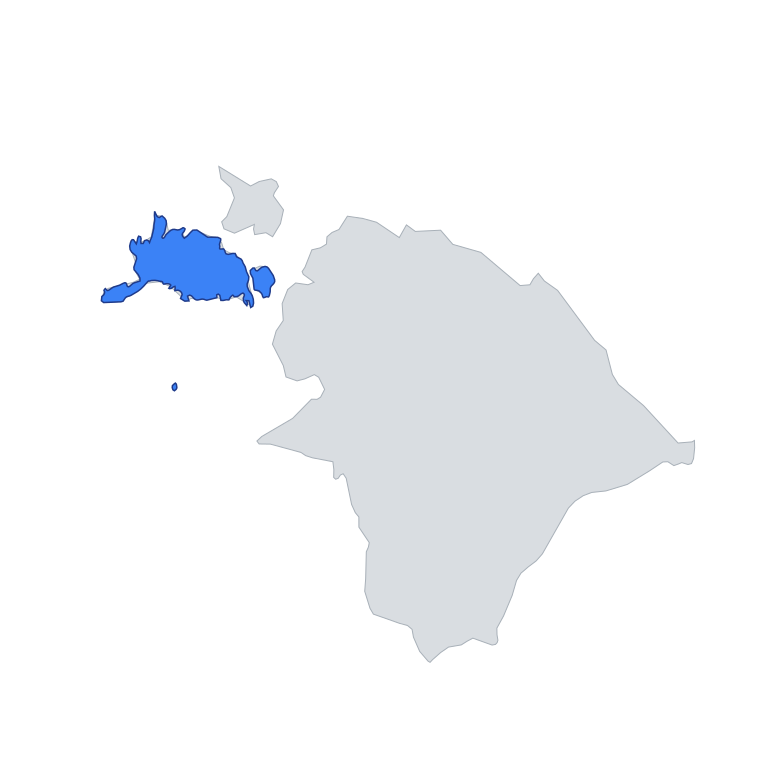 where Saare sits in Estonia, rotated 40°
{"feature_id": "EST-2352", "entity_name": "Saare", "entity_type": "Municipality", "adm_level": 1, "iso_a3": "EST", "parent_name": "Estonia", "parent_adm1": "", "projection": "mercator", "projection_center": [22.596, 58.233], "detail": "fine", "context": "in_parent", "style": "filled", "palette": "blue", "viewbox_px": 768, "rotation_deg": 40, "n_neighbors": 0, "source": "natural_earth", "source_scale": "10m", "svg_char_len": 5966}
<svg xmlns="http://www.w3.org/2000/svg" viewBox="0 0 768 768"><g transform="rotate(40 384 384)"><path d="M598.2,567.6L595.9,568.0L583.2,565.9L569.3,559.0L563.2,553.9L557.2,553.9L549.9,557.3L523.8,567.1L517.4,564.8L502.5,555.2L495.0,544.8L478.3,523.9L476.9,519.0L474.7,515.0L456.8,509.8L450.2,502.0L444.7,501.0L436.6,497.1L415.6,480.5L410.4,479.0L409.1,481.8L409.5,485.7L408.2,488.0L405.5,487.9L400.6,481.8L394.8,476.4L376.7,486.5L370.1,489.2L364.4,489.8L335.6,503.1L326.9,510.2L323.3,509.4L324.1,502.7L336.1,469.1L338.2,442.3L342.6,438.7L343.9,434.9L342.0,426.3L329.6,420.8L324.6,421.6L320.1,430.9L315.4,437.5L304.4,441.6L295.0,434.6L272.9,425.2L267.3,412.7L266.0,400.1L254.3,387.9L249.5,373.5L251.4,363.4L262.0,356.8L265.0,351.0L251.7,351.9L249.0,350.5L248.4,345.3L242.5,327.6L247.7,320.6L250.0,313.8L245.7,307.9L246.8,301.3L250.2,294.6L248.1,279.0L261.4,270.8L274.3,264.9L301.6,262.0L298.9,247.7L309.9,247.0L328.5,229.8L347.0,232.8L373.6,220.9L425.0,221.1L432.0,214.2L430.8,207.3L431.0,200.0L440.6,202.0L456.8,200.7L517.3,215.2L532.2,215.2L552.8,229.9L563.9,233.7L596.7,233.7L647.2,240.2L657.2,230.3L658.1,227.7L663.0,233.2L669.1,242.2L670.7,247.3L668.6,250.3L662.6,252.8L661.2,255.6L658.5,260.2L651.4,261.1L647.7,264.5L643.3,279.6L635.0,304.4L622.7,323.3L612.8,333.6L608.4,341.5L605.6,351.0L605.0,360.5L614.5,412.3L614.3,421.6L612.1,431.2L610.5,440.9L611.8,449.3L618.1,463.6L624.7,484.9L627.4,498.5L631.8,503.5L636.0,507.1L636.9,509.4L636.8,511.8L634.6,514.5L615.4,521.6L613.0,527.6L610.9,534.2L602.5,544.1L600.0,553.3L598.4,563.8L598.2,567.6ZM168.5,380.0L175.0,384.2L180.9,382.9L186.9,379.9L200.0,382.7L229.8,403.9L232.6,409.6L214.8,412.2L210.8,418.7L206.5,423.2L201.4,424.7L192.8,433.8L181.2,442.5L178.8,447.7L157.7,446.7L146.2,450.0L137.0,459.7L133.1,478.4L126.3,493.0L119.4,498.3L112.2,499.1L110.5,493.6L111.2,488.1L126.4,467.5L129.5,460.8L122.0,457.8L115.6,450.7L101.8,442.2L99.3,435.4L102.6,434.9L105.7,433.0L109.3,427.3L111.1,420.7L100.0,401.6L105.7,398.6L112.7,399.3L119.9,404.9L127.8,398.3L131.2,397.4L136.7,399.7L142.3,387.0L155.6,382.8L162.1,378.9L168.5,380.0ZM196.3,344.0L188.9,352.7L184.5,349.2L182.1,345.1L172.5,364.6L161.7,368.0L155.4,364.1L156.0,356.8L149.8,337.6L140.4,332.0L127.2,331.5L117.6,323.5L154.5,318.1L158.3,309.0L165.8,299.3L171.4,298.2L176.2,300.5L177.1,308.0L178.3,311.0L195.1,315.2L201.6,327.7L204.0,342.8L196.3,344.0ZM234.4,392.3L226.9,394.1L209.0,381.8L213.2,373.4L218.3,370.1L233.5,375.2L235.6,387.9L234.4,392.3Z" fill="#d9dde1" stroke="#a8b0b8" stroke-width="1"/><path d="M224.2,400.2L226.4,401.1L229.4,403.1L232.1,405.9L233.5,408.7L232.7,411.1L227.0,407.0L224.8,408.7L226.0,409.0L227.0,409.5L227.9,410.5L228.5,412.1L224.6,411.5L222.8,410.5L221.0,408.7L220.7,407.8L220.3,406.6L219.8,405.5L218.9,405.0L217.5,405.0L217.3,405.3L216.8,406.3L216.6,406.9L216.1,409.4L215.8,410.4L215.1,411.6L214.5,412.2L213.1,413.4L212.5,413.3L211.7,413.0L210.9,413.3L210.6,415.2L210.6,416.3L210.7,417.4L210.9,418.4L211.1,419.3L209.0,420.9L207.1,423.4L205.3,424.8L201.2,421.6L199.2,421.7L198.5,423.2L200.5,425.3L194.4,433.7L193.0,434.4L191.5,434.9L190.0,435.9L187.4,439.3L186.1,440.3L184.1,440.7L179.9,440.2L178.0,440.8L177.0,443.0L181.2,445.7L178.1,448.6L173.2,449.3L171.9,445.3L170.6,444.3L168.9,443.9L167.2,444.0L165.7,444.7L164.3,446.2L163.8,446.9L163.4,446.5L162.3,444.7L161.1,443.6L160.3,444.8L159.5,447.7L158.8,448.3L158.5,448.7L158.3,448.9L157.6,449.0L157.6,448.4L157.1,445.8L157.1,445.3L155.8,445.2L154.2,445.9L152.7,447.1L151.7,448.4L150.8,449.2L149.7,448.8L148.7,448.2L147.7,448.4L147.0,448.9L145.3,449.9L144.6,450.1L141.9,451.8L139.3,454.2L138.1,456.0L137.4,456.5L137.2,457.4L137.0,463.8L136.6,467.6L135.8,471.3L133.3,478.4L132.6,479.9L131.6,481.3L130.7,482.8L130.5,484.5L130.9,488.3L129.7,490.1L116.9,501.8L114.0,501.9L111.6,498.3L112.0,496.3L111.7,494.5L110.8,493.0L109.5,492.5L109.3,492.2L109.1,491.5L109.1,490.7L109.2,490.0L111.6,490.3L112.3,490.0L112.9,488.9L113.9,485.2L114.4,483.7L117.9,478.3L119.4,474.7L120.3,473.1L121.2,472.5L122.6,472.9L123.7,473.7L124.8,474.2L125.9,473.7L126.4,472.5L126.9,468.9L127.5,467.3L130.9,461.9L128.9,459.7L125.4,458.2L119.1,457.1L117.3,455.3L114.0,447.1L112.0,445.3L106.1,445.2L103.1,444.2L100.5,441.8L99.0,438.8L98.3,436.8L98.3,435.3L99.4,434.5L104.2,435.9L103.1,433.3L101.6,430.6L101.0,428.5L102.9,427.7L104.6,428.9L106.0,431.1L107.5,432.5L109.2,431.1L108.4,428.1L109.6,426.3L111.6,425.7L113.5,426.4L112.7,424.4L111.6,420.7L107.6,412.8L105.7,410.3L103.5,406.6L102.3,405.0L99.8,402.5L97.3,399.2L102.1,401.4L103.6,401.4L104.9,400.9L105.1,400.3L105.2,399.4L106.0,397.9L109.5,398.0L112.1,398.9L114.4,401.2L118.3,408.6L118.8,410.4L119.0,412.7L119.2,413.8L119.6,414.3L120.1,414.5L120.6,414.6L121.4,413.9L121.5,412.4L121.0,409.8L121.5,405.3L121.9,403.3L122.8,401.4L124.0,400.3L126.9,398.7L128.1,397.3L129.1,394.9L129.5,393.6L130.2,393.1L131.8,393.0L132.1,393.4L132.4,394.3L132.7,395.3L132.8,396.1L132.9,398.2L133.3,399.2L134.6,400.2L137.3,400.7L138.2,397.3L138.3,392.5L138.7,389.0L141.7,386.3L154.5,384.9L162.4,378.5L165.4,377.7L166.4,378.6L168.1,382.7L169.1,383.6L169.7,384.0L170.7,385.6L171.3,386.0L172.2,385.6L173.8,384.0L174.4,383.6L176.3,384.2L177.8,385.2L179.3,385.8L181.3,384.9L184.3,381.1L186.1,379.7L189.3,381.3L194.2,380.2L196.2,380.7L198.2,381.9L202.3,383.4L206.6,386.4L211.5,388.7L213.4,391.4L214.7,395.0L215.4,396.0L216.7,397.3L220.4,399.3L224.2,400.2ZM237.9,387.2L239.3,390.0L239.6,391.5L237.7,392.8L237.0,394.3L236.1,395.4L234.7,394.9L233.3,393.9L231.7,393.3L228.5,393.0L227.3,393.5L224.6,395.1L223.6,394.9L215.5,387.2L210.8,385.3L208.6,383.1L209.0,379.4L210.1,378.5L212.9,379.5L214.2,378.8L214.5,377.8L215.1,374.2L215.5,372.9L217.3,370.4L219.2,369.5L221.2,369.6L229.4,372.1L233.2,374.4L234.5,375.9L234.9,377.6L234.9,379.3L234.7,381.0L234.8,382.4L235.5,384.0L237.2,386.1L237.9,387.2ZM226.9,519.2L227.8,520.1L228.2,521.7L227.8,523.9L226.0,524.1L224.1,522.9L223.0,521.3L223.1,519.8L223.3,518.4L223.6,517.4L225.0,517.6L226.9,519.2Z" fill="#3b82f6" stroke="#1e3a8a" stroke-width="1.5"/></g></svg>